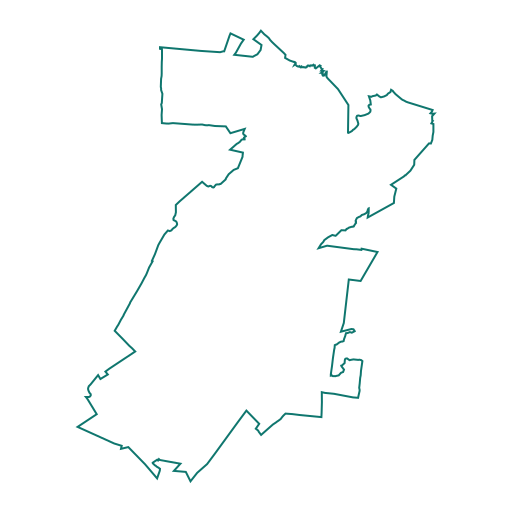 the district of Tuzantán, Chiapas, Mexico
{"feature_id": "50627088B59724502540082", "entity_name": "Tuzantán", "entity_type": "district", "adm_level": 2, "iso_a3": "MEX", "parent_name": "Mexico", "parent_adm1": "Chiapas", "projection": "orthographic", "projection_center": [-92.404, 15.141], "detail": "fine", "context": "isolated", "style": "outline", "palette": "teal", "viewbox_px": 512, "rotation_deg": 0, "n_neighbors": 0, "source": "geoboundaries", "source_scale": "gbopen_adm2", "svg_char_len": 5964}
<svg xmlns="http://www.w3.org/2000/svg" viewBox="0 0 512 512"><path d="M432.6,110.0L408.0,102.4L406.1,101.7L404.0,100.5L402.4,99.8L401.1,98.8L396.8,95.2L395.4,94.0L392.8,91.1L392.8,90.9L391.1,89.8L390.4,92.1L388.0,93.6L386.8,95.1L384.0,96.5L380.9,97.3L379.4,96.5L376.9,94.5L375.8,95.5L372.4,96.2L371.4,96.8L368.9,96.3L370.3,100.5L370.8,104.5L369.3,104.8L368.6,105.6L368.5,105.9L368.7,106.9L369.7,108.7L370.4,109.4L370.5,109.9L370.5,110.6L370.3,111.7L369.7,112.4L368.4,113.6L364.7,115.1L360.9,116.0L360.2,116.0L358.6,115.5L357.3,115.7L357.0,115.9L356.5,117.0L356.4,117.5L356.5,118.6L357.1,119.6L357.2,120.1L357.5,120.7L358.3,123.6L358.1,124.8L356.7,126.7L354.7,128.7L353.7,129.5L353.0,129.8L352.1,130.9L350.8,131.7L349.5,132.4L348.4,132.9L348.0,132.7L348.4,105.0L338.0,89.1L327.5,78.2L326.4,76.5L326.8,71.6L326.4,71.6L324.3,75.4L323.7,75.7L323.0,75.7L322.3,74.6L322.5,73.9L322.8,73.8L322.7,73.1L321.2,72.9L322.9,71.7L323.6,71.0L321.2,70.7L322.4,69.1L321.7,68.9L319.9,66.2L320.4,65.8L319.7,65.3L315.8,68.4L314.8,67.8L314.9,65.4L314.1,65.3L313.5,64.7L312.5,65.4L312.0,65.4L312.2,65.6L310.5,65.6L310.2,65.8L309.8,65.8L309.7,66.1L308.7,65.5L307.8,65.5L307.6,65.7L307.5,66.4L307.3,66.5L306.5,66.6L306.4,66.8L306.4,67.3L305.7,67.6L304.9,67.5L303.8,67.0L303.4,67.3L302.3,67.2L301.5,66.3L301.3,66.4L301.2,66.6L301.2,67.2L301.0,67.4L300.7,67.4L299.4,66.2L299.1,66.6L298.6,66.4L298.2,66.6L296.8,66.0L296.0,65.2L295.4,64.4L295.1,64.5L294.5,64.9L294.6,64.7L295.1,64.0L295.6,63.8L295.7,63.6L295.7,62.8L295.6,62.7L295.1,62.4L294.8,62.0L293.9,61.8L294.0,62.0L289.7,60.5L285.1,57.9L285.5,54.8L283.7,52.9L274.5,44.4L271.9,41.9L269.9,39.7L269.1,38.4L268.3,37.6L266.7,36.2L264.3,34.3L260.9,30.7L259.3,32.9L257.0,35.6L253.4,39.2L261.5,45.0L260.6,50.0L257.4,54.3L254.3,55.9L252.8,56.8L234.3,54.8L235.9,52.7L241.0,43.5L243.7,39.7L230.5,33.4L229.5,35.8L224.2,51.3L223.3,51.3L220.1,52.2L200.6,50.9L160.0,47.2L160.0,48.8L161.9,49.2L162.0,50.3L162.0,58.6L161.8,61.8L161.7,66.7L161.7,73.6L161.6,76.0L161.1,78.8L160.8,86.9L161.1,88.4L161.1,90.0L162.4,93.8L161.8,103.0L161.2,104.4L162.0,109.2L161.6,115.0L161.9,123.1L166.0,123.5L168.5,123.6L172.9,123.1L192.7,124.6L196.3,124.7L202.1,124.5L205.2,125.2L207.6,125.3L208.8,125.1L214.9,126.0L225.8,126.4L230.4,133.2L244.7,128.9L243.4,132.0L243.2,132.9L243.2,133.7L243.7,134.5L245.6,135.9L245.8,136.3L245.3,136.6L244.0,137.6L243.8,138.2L243.8,138.5L244.2,138.9L244.8,139.2L245.5,139.4L242.4,139.4L241.5,139.8L239.8,141.9L238.0,143.2L236.7,143.9L230.1,149.7L242.9,152.6L242.8,154.2L242.6,154.9L242.6,155.8L242.5,156.9L237.9,168.2L233.7,169.9L228.7,174.2L225.8,178.6L225.7,179.4L220.6,184.0L219.6,184.1L219.2,184.4L217.5,184.4L216.6,184.5L215.9,184.7L214.3,186.6L214.0,187.2L213.3,187.5L212.3,187.2L211.9,186.9L211.5,186.3L211.0,186.0L210.1,185.8L208.3,186.5L207.8,186.3L206.7,185.8L202.1,181.8L179.8,201.2L175.8,205.0L175.9,212.3L175.2,215.4L174.2,216.7L173.4,218.5L173.4,219.1L173.6,220.1L175.8,221.2L176.2,221.6L176.6,222.2L177.0,223.4L177.1,224.5L176.5,225.6L175.5,226.8L174.6,227.5L173.8,227.9L172.5,229.0L171.4,230.4L170.9,230.6L169.7,231.1L167.9,230.5L164.4,234.5L159.5,242.9L158.3,245.1L154.9,254.3L151.9,260.9L152.6,261.3L149.1,267.5L146.8,273.3L145.9,275.3L144.6,277.5L141.5,283.4L136.9,291.4L130.2,302.4L129.9,303.4L123.7,314.8L123.6,315.4L120.9,319.8L118.3,324.8L117.1,326.6L114.7,330.8L122.8,339.0L129.3,345.8L132.0,348.2L135.2,351.5L109.3,368.7L105.4,371.6L107.8,374.5L100.4,379.0L98.1,375.1L90.5,384.5L88.8,386.2L88.1,388.2L88.1,389.3L88.5,390.7L89.5,392.8L90.6,394.0L90.8,395.0L90.7,395.4L90.1,396.4L89.2,396.9L88.8,397.0L85.9,397.0L86.8,398.1L87.7,399.4L96.7,414.2L77.6,426.9L114.2,443.5L121.7,445.8L121.0,448.8L128.3,447.1L145.0,464.2L157.1,478.4L159.8,470.7L160.0,468.8L158.5,467.7L156.6,466.6L155.7,465.7L155.0,465.4L152.8,463.3L152.7,462.7L157.2,459.7L158.0,460.5L158.9,459.1L159.8,460.0L180.4,463.7L173.9,470.9L185.8,471.9L190.5,481.3L197.2,472.8L207.1,464.1L215.0,453.5L237.8,422.2L246.4,410.6L259.2,423.8L255.8,428.7L258.2,430.6L258.7,431.7L261.1,434.9L272.9,424.5L276.2,422.3L276.9,421.7L278.3,420.8L280.7,419.0L282.1,417.1L283.4,415.6L285.5,413.6L292.4,414.1L299.6,415.0L321.4,417.1L321.6,412.9L321.9,402.2L321.8,392.2L324.9,392.9L334.0,393.8L353.0,397.4L358.1,397.8L358.5,395.8L359.6,390.9L359.6,389.8L359.2,387.8L359.7,383.5L360.2,377.8L360.7,375.2L361.0,370.7L362.4,361.1L361.2,360.1L359.4,359.7L358.3,359.9L353.4,359.4L350.7,359.9L349.6,360.2L347.0,358.4L345.8,358.6L345.4,358.8L345.0,359.4L344.8,360.4L344.6,363.1L341.8,365.6L341.3,365.7L341.5,366.3L344.0,369.6L343.1,372.0L341.0,372.8L338.7,375.4L336.3,375.9L335.3,376.2L334.1,376.1L332.8,376.1L331.8,375.7L331.5,375.0L330.8,375.4L330.8,374.4L332.0,366.1L332.9,358.4L334.1,350.1L334.4,348.6L334.6,347.9L334.6,347.4L334.8,345.1L336.0,344.6L336.5,344.6L339.2,342.5L341.2,341.6L342.2,341.6L343.6,341.1L344.1,339.0L345.3,335.8L345.6,334.4L346.1,333.1L347.1,333.1L348.2,332.8L349.8,332.1L351.3,332.5L351.8,332.7L354.7,331.2L354.3,330.4L353.8,329.9L353.5,329.3L351.5,329.0L340.9,331.7L343.8,323.0L348.8,279.5L360.6,281.0L377.5,252.0L361.6,248.7L361.4,249.9L356.6,249.3L353.7,249.2L327.1,245.7L318.6,248.2L321.0,244.3L323.3,241.9L324.3,240.1L328.1,237.3L332.3,235.0L335.5,235.8L335.9,235.6L341.4,230.2L345.5,230.4L346.6,228.9L347.1,228.9L349.0,227.6L352.3,226.6L352.8,226.8L353.8,226.4L353.8,226.1L355.6,223.4L356.0,223.0L355.8,222.5L356.0,222.2L356.0,221.6L355.7,221.3L355.6,220.9L356.4,219.0L357.0,218.0L359.0,216.9L360.4,216.4L361.0,215.8L361.8,215.0L364.3,214.2L366.3,213.0L367.5,211.3L367.6,210.4L368.0,209.3L368.4,209.2L368.5,208.5L368.7,208.4L368.7,211.6L368.5,213.6L368.0,215.5L367.7,217.5L393.9,203.0L394.3,196.6L396.3,188.6L391.0,184.8L404.1,176.3L404.6,175.6L405.1,175.3L405.6,175.3L405.8,175.0L410.4,170.7L414.2,164.8L414.4,159.9L429.0,143.4L430.9,143.5L432.3,139.9L432.7,135.6L433.4,132.0L433.4,124.0L431.4,123.4L432.6,121.2L432.3,121.2L432.1,116.2L434.4,113.6L432.4,113.8L430.5,113.3L431.9,111.7L432.6,110.0Z" fill="none" stroke="#0f766e" stroke-width="2"/></svg>